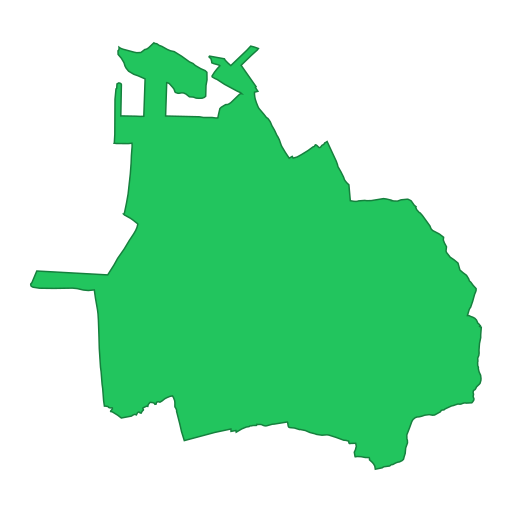 the district of Fruntiseni, Vaslui, Romania
{"feature_id": "2599482B75972445182391", "entity_name": "Fruntiseni", "entity_type": "district", "adm_level": 2, "iso_a3": "ROU", "parent_name": "Romania", "parent_adm1": "Vaslui", "projection": "mercator", "projection_center": [27.757, 46.208], "detail": "fine", "context": "isolated", "style": "filled", "palette": "green", "viewbox_px": 512, "rotation_deg": 0, "n_neighbors": 0, "source": "geoboundaries", "source_scale": "gbopen_adm2", "svg_char_len": 6004}
<svg xmlns="http://www.w3.org/2000/svg" viewBox="0 0 512 512"><path d="M476.1,288.6L473.1,285.3L470.9,282.3L469.4,280.9L468.7,278.9L466.5,275.3L463.0,272.7L459.9,270.0L458.0,263.1L453.9,259.7L450.2,257.2L446.6,252.6L446.0,251.1L446.5,246.8L444.4,242.9L443.3,240.0L443.6,237.3L439.5,234.1L432.6,230.5L431.0,228.7L429.9,225.9L422.4,215.5L420.1,212.9L419.3,212.6L416.7,209.7L415.7,207.4L416.1,206.8L414.2,205.2L411.2,200.9L410.2,200.3L408.1,199.3L407.4,199.2L401.1,199.8L397.5,201.1L394.3,201.0L391.6,200.7L391.8,200.4L391.1,200.1L386.4,199.0L383.5,198.6L371.3,200.6L366.8,200.7L364.7,200.4L358.5,200.9L357.3,201.3L355.9,201.4L353.8,201.3L350.3,200.7L348.9,184.8L346.9,182.9L345.4,181.1L344.4,179.6L343.6,177.2L340.9,171.8L337.9,166.6L337.5,164.7L336.3,161.3L327.1,141.5L325.8,142.4L324.7,142.9L324.5,143.5L323.4,144.6L321.9,145.4L320.8,146.9L319.8,147.6L319.2,147.6L318.8,147.4L317.0,145.6L315.8,144.8L315.3,144.9L314.4,146.4L313.0,146.9L307.8,150.7L301.1,154.8L297.1,157.0L293.2,158.1L292.2,156.4L289.2,158.2L285.4,152.5L281.7,146.3L281.1,144.9L279.3,139.7L277.8,136.7L276.9,135.4L274.5,130.2L271.9,125.7L270.3,121.9L268.7,119.5L267.8,118.4L266.4,117.5L264.0,114.4L258.9,108.4L258.0,106.7L256.4,102.7L255.2,99.0L254.8,97.0L254.5,94.3L254.5,92.2L257.9,91.3L255.4,87.5L256.1,86.7L241.1,65.3L251.2,55.5L257.4,49.9L258.4,48.5L254.2,47.0L250.7,46.1L246.9,50.2L230.8,65.6L227.7,62.8L225.2,60.2L224.4,58.8L209.6,56.1L209.1,56.6L209.3,57.4L210.8,58.4L211.6,61.1L211.8,62.8L213.7,63.6L217.7,64.7L219.2,65.2L219.9,65.8L217.3,68.6L214.4,72.3L212.0,76.1L212.3,77.0L215.3,78.7L217.0,79.4L224.5,84.3L237.5,91.3L240.5,92.6L241.7,93.7L241.1,93.6L240.1,93.9L239.2,94.6L230.8,102.7L228.6,104.1L227.6,104.5L225.6,104.6L221.3,107.2L219.9,108.6L218.5,114.5L217.9,117.6L217.8,117.9L215.8,118.0L212.2,117.5L203.5,117.5L199.6,116.8L165.6,116.0L166.7,82.6L167.1,82.6L169.0,83.4L169.7,84.0L172.9,87.6L174.0,89.1L175.0,91.9L175.4,92.4L177.6,93.2L178.9,93.3L181.9,92.8L183.7,93.0L185.9,94.0L189.4,96.8L193.4,97.1L196.1,98.1L198.9,98.3L202.1,98.2L204.3,97.4L205.7,96.2L206.0,85.5L207.0,79.9L206.9,72.3L205.1,70.6L200.6,68.6L195.3,65.5L193.0,63.5L189.5,61.9L181.6,56.2L174.2,51.6L170.5,50.8L167.4,49.5L161.9,46.4L159.0,45.3L157.1,43.9L155.7,43.5L155.0,43.6L153.9,42.8L148.5,47.9L146.4,49.2L144.8,49.5L140.9,52.5L136.6,52.7L134.2,52.2L123.0,49.2L120.6,48.3L119.0,47.2L119.1,48.3L118.9,49.8L118.0,50.8L118.1,54.4L121.4,58.3L124.0,62.7L125.0,66.0L126.1,68.1L128.6,71.2L133.8,74.3L138.1,75.8L145.1,78.9L143.8,116.3L140.2,116.4L136.2,116.2L120.8,115.9L121.4,84.6L121.0,83.7L120.1,83.2L118.8,82.9L117.0,83.9L116.7,88.3L116.0,88.9L115.0,99.3L114.8,134.4L114.4,141.4L114.3,142.8L114.1,143.2L116.4,143.5L128.2,143.6L131.9,143.2L132.1,144.6L132.1,146.6L131.4,155.6L131.1,163.2L130.3,174.1L128.1,194.0L126.5,203.0L124.6,212.2L124.2,213.4L123.9,213.9L123.5,214.0L124.5,215.0L130.3,218.2L132.5,219.7L137.7,223.8L137.8,224.2L137.0,227.4L135.7,230.4L133.8,233.7L129.3,240.5L124.2,249.0L117.7,258.3L114.1,264.8L107.7,274.9L36.8,271.0L31.9,282.7L30.9,283.7L30.7,284.3L31.0,285.9L31.7,286.5L33.0,287.2L39.5,288.2L54.0,288.4L72.4,288.1L77.3,288.6L83.3,290.0L88.3,290.5L94.3,289.9L95.5,298.4L97.5,309.8L98.0,313.7L98.4,320.1L98.9,334.1L99.3,348.7L100.5,367.1L101.1,371.7L102.1,384.2L102.7,388.6L103.6,400.5L104.4,406.1L105.3,406.1L107.9,406.5L108.8,407.5L110.1,407.9L112.1,407.8L112.3,407.9L112.4,409.0L110.8,410.8L110.6,411.3L110.8,411.6L112.2,411.8L117.7,415.2L121.3,418.0L131.4,416.1L133.1,415.0L134.5,414.4L135.0,414.4L136.4,414.9L137.2,413.2L137.8,412.5L138.7,412.0L139.6,412.3L140.1,413.0L141.2,413.1L141.5,412.4L142.3,411.1L143.4,410.0L143.4,409.5L142.8,408.7L143.1,407.8L146.5,406.2L147.8,406.4L148.2,404.6L149.2,403.3L150.2,402.3L153.1,402.7L154.3,403.3L154.9,404.3L155.8,404.2L156.2,404.0L156.3,402.7L156.9,402.1L158.3,401.7L159.5,402.1L160.1,402.1L162.1,400.9L164.7,398.8L167.0,397.6L169.9,396.4L172.5,395.9L173.6,397.8L174.7,400.8L174.9,402.9L174.9,406.5L175.1,407.2L175.8,408.2L176.6,410.1L176.6,411.5L177.0,413.0L179.8,424.0L181.5,431.5L184.3,440.6L214.9,432.4L230.9,429.0L231.0,431.4L235.9,430.5L236.2,432.2L241.8,428.9L246.4,427.0L249.1,426.6L250.1,425.9L251.8,425.8L252.7,425.5L256.5,425.4L256.9,424.3L257.8,424.5L260.1,424.4L261.6,424.6L263.5,425.5L265.2,425.9L266.6,425.8L272.4,424.2L274.1,424.1L287.2,422.0L287.5,422.2L287.7,422.8L288.2,426.0L288.6,426.9L289.0,427.3L289.9,427.6L294.4,428.0L299.5,429.6L300.3,429.5L305.3,430.5L309.9,432.5L315.0,433.8L316.5,434.4L322.0,435.2L327.0,434.8L328.9,435.1L336.1,437.4L343.7,440.2L346.1,440.4L348.7,441.2L348.9,442.9L349.4,443.5L349.8,443.6L350.9,443.4L355.7,443.3L356.3,446.4L355.8,448.1L355.5,449.6L354.3,452.2L355.0,456.4L355.2,456.8L357.4,456.5L361.2,456.7L365.3,457.5L369.2,457.6L369.5,458.5L369.5,459.8L372.4,462.5L373.7,464.1L374.8,466.1L375.3,469.2L382.2,467.8L383.7,466.8L389.6,466.0L391.6,464.5L392.7,464.6L395.6,463.0L397.7,462.2L399.5,461.9L402.1,460.6L403.5,459.3L404.1,456.9L405.2,453.4L405.7,447.9L407.5,442.9L407.4,440.3L406.9,439.0L406.8,434.9L409.4,428.2L411.8,421.6L413.0,419.5L415.2,417.7L417.0,417.0L419.3,416.8L421.8,416.2L424.7,415.2L429.2,414.6L432.6,415.2L434.6,415.0L440.4,411.8L441.2,410.5L442.7,409.9L443.9,409.9L445.3,408.8L451.6,405.9L453.2,405.6L457.8,404.0L460.1,404.2L461.2,404.0L462.9,403.3L465.1,402.8L466.0,403.1L471.8,402.8L472.7,401.8L473.7,400.3L473.9,399.4L473.9,398.5L473.5,397.7L473.1,396.2L473.5,394.8L473.5,394.0L473.2,393.0L473.1,392.2L473.5,390.5L475.0,389.6L475.6,388.8L476.5,386.9L479.4,384.1L480.1,383.2L480.9,380.3L481.0,378.5L480.6,375.2L479.3,372.4L478.9,371.2L478.3,368.4L478.4,367.4L477.6,365.2L477.7,364.5L477.6,362.4L477.9,361.2L477.7,358.1L478.8,355.5L479.1,353.2L479.0,350.1L479.5,343.4L480.7,337.7L480.7,334.9L481.3,327.2L479.7,326.5L480.3,325.7L480.1,325.5L479.8,325.3L479.5,324.7L479.0,324.1L477.8,323.1L476.5,320.1L474.8,318.3L472.8,317.2L470.8,316.5L468.9,315.6L467.4,315.6L469.1,309.9L469.7,308.5L470.6,307.3L472.7,301.2L474.6,294.3L475.7,291.7L476.1,290.2L476.1,288.6Z" fill="#22c55e" stroke="#15803d" stroke-width="1.5"/></svg>